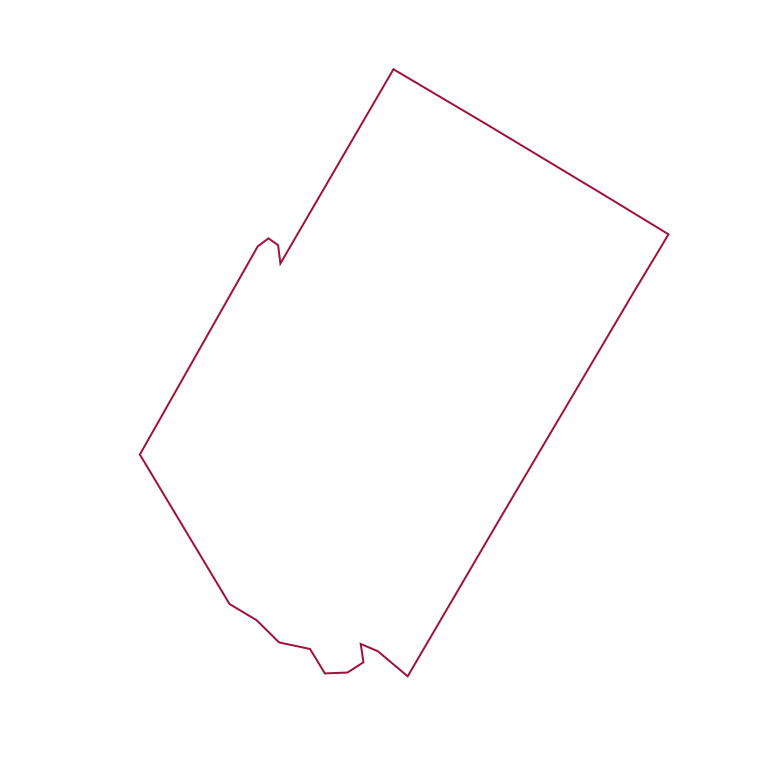 the district of Ross, Ohio, United States of America, rotated 297°
{"feature_id": "52423323B5632937542361", "entity_name": "Ross", "entity_type": "district", "adm_level": 2, "iso_a3": "USA", "parent_name": "United States of America", "parent_adm1": "Ohio", "projection": "robinson", "projection_center": [-83.117, 39.342], "detail": "fine", "context": "isolated", "style": "outline", "palette": "rose", "viewbox_px": 768, "rotation_deg": 297, "n_neighbors": 0, "source": "geoboundaries", "source_scale": "gbopen_adm2", "svg_char_len": 453}
<svg xmlns="http://www.w3.org/2000/svg" viewBox="0 0 768 768"><g transform="rotate(297 384 384)"><path d="M134.3,537.8L316.3,548.4L582.2,565.0L629.8,568.4L646.5,569.5L649.8,526.7L652.2,495.1L662.0,356.2L668.7,249.5L444.3,237.0L459.6,226.6L461.3,214.9L449.2,209.0L210.3,198.5L117.8,346.3L115.7,377.8L106.1,407.8L114.3,438.4L99.3,462.7L110.3,482.4L126.7,492.0L141.8,481.3L143.1,499.8L134.3,537.8Z" fill="none" stroke="#9f1239" stroke-width="2"/></g></svg>